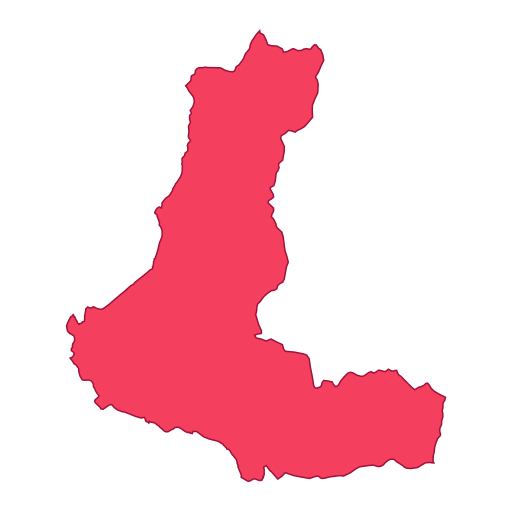 Obreja, Caras-Severin, Romania (Mercator projection)
{"feature_id": "2599482B72283676836443", "entity_name": "Obreja", "entity_type": "district", "adm_level": 2, "iso_a3": "ROU", "parent_name": "Romania", "parent_adm1": "Caras-Severin", "projection": "mercator", "projection_center": [22.258, 45.515], "detail": "fine", "context": "isolated", "style": "filled", "palette": "rose", "viewbox_px": 512, "rotation_deg": 0, "n_neighbors": 0, "source": "geoboundaries", "source_scale": "gbopen_adm2", "svg_char_len": 5991}
<svg xmlns="http://www.w3.org/2000/svg" viewBox="0 0 512 512"><path d="M433.8,463.0L433.0,460.8L433.3,455.5L434.3,451.6L434.6,447.6L435.9,442.9L437.7,438.5L440.4,435.5L440.5,434.0L439.9,432.1L439.7,430.1L439.9,428.1L441.5,424.7L441.7,420.7L442.9,416.8L442.8,413.7L442.2,410.5L442.9,407.9L443.0,403.6L443.6,402.0L444.6,400.7L445.5,397.3L439.8,394.5L434.3,391.3L431.3,388.5L428.7,384.3L427.6,383.2L425.9,383.4L423.8,385.4L421.0,386.7L419.0,387.1L414.9,389.7L412.4,387.9L410.5,386.1L400.8,376.3L398.7,374.9L397.8,373.5L396.7,370.4L395.3,370.4L393.6,371.0L391.7,371.1L388.3,369.2L386.8,370.6L384.9,371.6L378.8,370.1L374.4,373.0L372.6,372.5L371.1,371.6L368.5,372.7L364.0,375.9L361.2,376.4L356.8,375.1L352.8,372.8L350.4,372.3L347.8,373.2L344.0,377.0L340.5,381.2L338.4,385.2L336.9,386.3L335.4,386.5L333.4,384.5L332.3,382.0L328.1,381.0L323.8,380.5L322.3,382.2L321.4,385.5L320.2,387.1L318.5,387.4L316.8,388.2L314.8,387.7L313.8,385.9L312.2,376.3L310.3,366.7L309.2,358.9L306.7,355.1L303.5,353.9L294.4,352.1L286.6,351.4L284.8,350.9L283.6,349.0L282.4,344.6L276.6,342.0L271.0,339.0L266.3,341.1L261.1,339.0L256.2,338.0L254.6,335.1L257.9,334.0L261.4,333.5L261.4,330.7L258.6,324.5L255.7,314.6L256.7,310.6L256.8,307.3L257.6,304.1L260.2,301.5L263.5,297.0L266.8,293.9L271.2,290.7L274.3,290.3L276.8,288.8L277.6,285.7L279.5,283.9L282.7,282.1L284.2,279.2L286.5,266.7L288.3,262.2L286.8,256.2L284.9,250.3L283.1,236.6L281.8,232.2L276.6,227.2L275.9,223.8L274.4,220.6L273.1,218.5L271.4,216.8L271.9,214.4L273.6,210.9L273.5,208.0L268.1,202.9L268.7,200.6L271.3,199.0L273.6,197.1L273.2,194.4L270.2,188.9L270.4,187.5L273.8,185.6L274.0,185.1L275.3,180.9L276.2,172.9L277.8,170.9L279.1,167.6L278.5,165.5L279.0,163.2L282.6,160.2L284.3,151.0L284.3,146.4L280.7,138.5L281.2,135.7L285.2,133.4L288.6,130.3L291.9,131.0L295.1,132.1L297.9,130.1L301.1,128.7L304.6,126.5L312.6,117.3L312.3,111.3L312.4,105.3L314.8,99.0L317.7,92.9L318.2,84.4L317.4,80.5L315.4,76.9L318.4,72.2L320.9,66.2L323.7,60.3L322.8,54.9L320.6,49.5L318.7,48.4L316.1,44.9L314.4,44.8L312.2,47.0L310.4,49.4L306.5,48.7L303.7,49.1L301.9,50.3L297.9,50.7L293.6,48.7L292.0,49.0L288.1,51.2L283.8,52.3L282.1,48.8L277.0,46.1L271.3,45.7L267.7,44.7L266.3,40.4L263.5,34.8L260.0,32.9L259.7,30.7L256.4,34.4L251.7,41.3L250.3,44.7L249.7,48.0L249.1,49.4L245.4,53.8L243.6,58.4L242.4,60.3L239.2,64.6L236.4,66.7L235.6,68.1L235.1,70.1L234.0,71.3L232.4,71.9L228.8,71.4L224.8,70.2L221.4,68.2L219.7,67.8L207.1,67.5L205.3,67.1L202.8,67.7L199.6,67.7L198.2,68.0L196.6,69.0L195.3,70.9L195.1,73.5L194.5,74.3L191.6,75.7L191.3,76.2L190.9,80.0L190.3,81.3L185.6,85.8L187.2,87.8L189.1,91.3L192.6,95.8L193.6,97.5L194.2,99.8L194.1,102.8L192.9,106.6L190.2,110.4L191.5,113.1L191.0,114.0L189.8,115.2L189.5,116.8L189.6,119.5L190.3,121.6L190.2,123.0L188.8,125.4L188.5,126.8L189.0,131.7L188.3,136.2L188.7,137.9L190.4,140.1L190.4,140.9L188.0,143.5L187.3,145.7L187.8,147.0L187.9,149.9L187.5,151.3L185.1,153.1L184.4,155.9L182.2,158.0L182.0,159.8L182.3,162.5L181.8,163.7L182.3,166.1L182.2,171.4L181.6,174.0L180.4,176.9L176.4,183.1L175.6,183.6L175.1,185.2L172.8,188.7L172.4,190.7L169.7,195.1L168.0,196.7L165.7,198.2L162.4,202.3L162.0,203.0L162.1,205.8L161.6,206.6L161.4,208.0L159.3,207.0L158.0,207.5L156.1,209.7L155.1,211.5L154.7,212.5L154.9,213.2L157.1,214.9L157.2,216.7L157.7,217.6L159.5,222.7L159.2,224.9L160.7,226.9L162.0,230.1L162.2,234.0L161.9,237.0L159.5,242.8L157.7,250.6L156.1,255.7L155.3,257.4L155.5,258.0L155.0,258.7L154.3,258.8L154.2,260.4L153.5,262.0L153.5,263.1L153.2,265.4L152.9,266.5L152.5,266.9L152.7,268.3L151.8,269.2L150.5,269.6L145.9,273.7L137.9,280.0L134.4,282.9L134.1,283.8L130.4,286.0L126.4,289.6L126.6,289.7L121.5,293.7L108.3,305.0L102.7,309.0L100.4,309.3L99.4,309.1L96.4,308.3L95.3,307.8L95.0,307.4L93.2,306.7L92.9,307.2L90.9,308.1L89.2,307.7L87.8,307.0L85.8,308.8L85.7,310.3L84.6,316.2L84.7,318.8L84.3,321.5L82.4,321.9L81.8,323.1L79.6,323.6L79.0,324.4L77.4,322.6L76.9,320.9L75.8,319.6L74.7,316.8L74.2,316.9L73.5,314.9L73.2,314.6L72.1,316.0L70.6,316.9L67.9,322.2L66.5,326.0L67.4,330.7L68.2,332.0L70.0,333.7L71.0,334.0L73.8,335.8L74.6,338.2L74.5,340.7L74.3,341.5L72.8,343.7L72.4,345.5L72.5,347.5L71.6,348.1L71.2,350.1L71.4,350.7L73.2,352.0L74.4,353.5L72.8,356.8L70.1,358.1L72.5,361.1L74.0,363.7L76.0,364.9L78.7,368.6L78.7,371.1L79.1,372.9L80.1,376.2L82.0,379.5L82.7,380.0L84.5,380.2L89.1,380.0L91.2,380.9L92.6,382.5L93.5,385.0L93.3,386.1L93.5,386.9L94.0,387.4L95.2,389.6L95.5,390.7L97.0,393.3L98.9,395.6L98.7,396.7L95.1,399.8L94.7,401.2L94.8,401.7L95.4,402.8L100.1,407.3L100.7,408.7L103.0,409.3L109.7,404.7L111.9,404.7L114.2,407.6L117.7,410.0L121.9,411.6L124.5,412.0L135.4,416.3L140.3,417.8L142.0,418.0L142.7,417.5L144.3,417.5L145.4,419.4L145.4,420.1L146.0,420.7L146.0,421.5L148.1,422.2L148.8,423.1L149.3,422.2L149.3,421.6L149.6,421.3L150.0,421.9L153.2,422.6L153.3,422.4L155.3,423.3L158.1,425.6L159.2,425.9L159.5,426.9L162.6,429.4L163.6,430.6L166.1,431.9L168.4,431.6L170.8,430.0L173.0,429.2L174.9,427.6L177.4,427.2L178.8,427.4L180.8,428.4L184.9,431.3L187.6,432.6L189.4,432.2L189.6,432.3L189.4,432.7L189.8,433.0L192.2,433.6L193.2,431.3L197.0,431.7L203.7,436.8L208.9,438.9L217.9,441.2L223.3,444.4L223.3,444.9L226.2,447.7L227.1,449.2L227.9,449.1L229.7,450.3L231.7,453.9L236.2,459.3L237.2,462.2L237.1,463.0L237.3,463.8L238.4,466.1L237.9,466.7L238.1,467.2L240.9,474.0L241.3,475.3L241.2,477.3L247.3,480.9L248.5,481.3L250.5,480.7L253.2,479.1L255.2,478.9L259.4,480.6L261.5,480.1L261.8,480.3L263.4,477.3L263.1,476.6L263.6,476.4L264.2,474.0L264.2,469.7L263.6,467.2L266.2,465.6L269.9,470.6L271.4,471.7L277.8,479.1L282.0,476.1L285.3,472.7L293.9,475.6L303.8,477.5L309.5,478.4L316.3,476.2L318.4,476.1L320.5,477.9L322.0,478.5L325.6,478.0L329.1,477.0L337.9,475.8L341.1,475.6L343.4,476.1L350.5,472.7L356.3,468.5L359.7,466.8L372.8,465.0L377.8,466.5L380.3,466.4L383.1,465.1L385.3,462.6L387.9,460.5L390.2,459.3L391.0,459.2L393.9,459.3L396.6,461.7L402.7,465.5L404.2,467.0L405.9,467.9L407.5,468.3L410.7,468.5L417.4,467.6L425.4,462.8L429.6,462.5L433.8,463.0Z" fill="#f43f5e" stroke="#9f1239" stroke-width="1.5"/></svg>